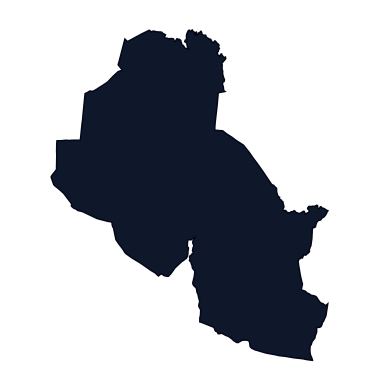 outline of Ham Thuan Bac, Bình Thuận, Vietnam, rotated 183°
{"feature_id": "81297802B59459676884366", "entity_name": "Ham Thuan Bac", "entity_type": "district", "adm_level": 2, "iso_a3": "VNM", "parent_name": "Vietnam", "parent_adm1": "Bình Thuận", "projection": "equal_earth", "projection_center": [107.987, 11.155], "detail": "fine", "context": "isolated", "style": "filled", "palette": "ink", "viewbox_px": 384, "rotation_deg": 183, "n_neighbors": 0, "source": "geoboundaries", "source_scale": "gbopen_adm2", "svg_char_len": 5929}
<svg xmlns="http://www.w3.org/2000/svg" viewBox="0 0 384 384"><g transform="rotate(183 192 192)"><path d="M221.1,106.4L219.3,108.1L218.1,108.6L217.2,108.2L215.7,107.1L213.4,106.6L211.7,106.5L210.9,106.8L209.9,108.2L208.9,109.2L204.9,115.5L198.7,121.9L196.4,123.6L195.1,125.0L194.2,125.4L193.3,127.6L192.9,129.8L192.9,133.1L192.6,135.4L192.8,136.3L193.6,136.9L193.8,137.9L193.9,141.3L193.6,143.6L193.3,144.1L193.0,144.2L190.4,144.2L188.1,146.1L186.7,146.7L187.4,144.9L188.5,143.3L188.6,141.9L188.4,140.6L187.4,138.8L187.3,138.2L188.0,136.6L188.4,133.6L188.3,132.9L187.6,132.0L187.5,131.4L187.7,130.9L188.5,130.5L189.8,128.6L191.0,127.8L191.1,127.0L190.5,125.3L191.0,123.7L190.2,122.5L189.4,122.1L189.0,120.4L188.1,118.6L187.8,116.9L187.3,115.7L185.0,113.0L185.3,107.6L186.4,101.9L186.4,100.5L185.6,98.9L182.9,96.5L182.6,96.1L181.7,92.0L180.6,89.9L179.7,86.5L178.7,83.5L178.6,82.6L179.2,80.1L179.3,78.8L178.7,77.2L177.4,75.3L177.2,74.8L177.1,73.3L177.1,69.4L177.6,66.6L177.4,62.7L175.9,62.4L163.6,58.2L163.1,57.9L162.5,57.0L161.9,55.3L161.2,54.3L159.9,53.9L159.3,53.3L158.6,52.0L157.7,51.8L155.2,52.4L154.3,52.3L150.7,50.5L148.2,49.8L144.7,47.6L142.6,45.8L139.6,44.1L137.8,44.1L136.8,45.0L135.4,45.7L135.0,46.3L131.8,46.9L129.6,46.9L128.2,46.7L127.5,46.3L127.1,45.9L126.6,44.7L125.8,40.6L124.3,39.2L120.9,37.7L109.9,35.1L98.6,33.6L96.9,33.2L90.2,32.8L81.7,31.8L72.8,31.3L68.3,30.6L62.9,30.2L63.4,31.9L64.8,34.7L65.5,36.5L66.0,39.8L66.0,44.2L65.7,44.9L64.9,46.0L64.6,47.7L64.0,49.3L61.7,52.5L61.4,54.8L60.3,58.2L60.2,59.6L60.4,61.8L60.4,62.8L60.0,63.2L57.5,63.6L56.8,63.9L56.1,64.5L55.5,65.7L54.9,68.4L53.7,70.2L53.4,71.3L51.8,75.3L50.6,87.4L52.3,85.8L52.8,85.6L55.3,87.3L57.3,87.9L58.1,88.3L60.0,90.5L62.1,93.5L62.8,94.1L64.1,94.6L67.9,95.2L69.4,96.3L72.3,97.5L73.5,98.8L77.0,99.8L77.8,100.3L77.0,104.8L76.9,105.9L77.9,108.8L79.5,114.5L81.8,124.9L82.4,128.5L82.1,129.0L81.8,130.3L81.4,130.8L80.4,131.1L79.6,132.6L79.2,132.5L78.6,131.8L78.4,131.8L77.5,134.2L76.9,135.2L75.4,134.9L74.9,135.0L74.1,136.2L73.2,136.5L72.7,137.4L71.7,138.3L71.6,138.9L71.8,140.6L71.1,143.2L70.5,144.5L70.2,147.9L69.9,151.7L69.9,161.1L69.7,162.6L69.5,162.9L68.4,162.7L67.3,163.3L66.8,164.1L66.5,166.4L65.4,169.2L63.7,170.4L62.1,170.8L61.6,171.4L60.8,173.0L59.6,173.5L58.5,174.5L57.2,176.4L55.7,179.9L55.3,180.3L56.1,180.6L59.3,182.4L61.3,182.9L62.5,184.1L63.0,183.9L64.0,182.1L64.9,182.1L65.6,182.8L65.9,185.0L66.7,185.3L68.8,184.1L70.8,184.1L72.3,183.7L74.1,183.8L74.8,183.4L75.6,182.2L75.6,181.5L75.2,180.8L74.1,180.0L73.9,179.4L74.0,178.7L74.8,177.6L76.2,176.8L77.3,175.8L77.7,175.9L78.7,178.2L79.1,178.6L79.8,178.5L82.7,176.5L84.5,176.1L85.9,176.8L87.2,177.1L88.7,178.7L89.2,178.6L90.4,177.5L92.0,177.5L92.8,176.6L93.6,176.3L95.6,176.5L96.4,177.1L97.5,178.4L99.9,178.4L100.3,178.9L100.4,179.3L99.5,181.6L99.5,182.5L100.5,185.7L100.6,186.7L100.9,187.0L101.6,186.6L101.8,186.8L101.8,187.7L102.2,188.4L104.3,189.6L104.4,190.1L104.2,191.0L104.3,191.4L105.2,191.6L105.6,191.9L106.8,194.2L107.5,196.8L107.8,200.2L109.5,201.5L110.8,202.9L112.4,203.4L113.2,204.1L121.9,215.7L128.2,223.7L132.9,229.3L136.9,234.5L143.1,241.5L150.7,245.8L154.6,248.5L160.9,252.1L164.5,254.7L172.1,254.9L172.5,255.0L172.6,258.1L172.5,262.6L171.4,280.9L171.0,292.5L164.4,294.1L165.2,294.6L165.8,295.8L166.3,298.8L167.2,301.2L167.1,302.6L166.6,303.5L165.8,304.0L165.6,304.4L165.5,305.7L165.7,306.4L166.8,308.6L167.0,309.7L167.6,311.3L167.7,314.5L168.2,315.6L168.5,316.9L168.5,320.6L169.0,322.2L166.0,325.9L165.3,327.1L165.5,327.3L165.7,328.5L166.6,328.1L167.3,328.2L169.4,330.4L169.6,331.4L170.2,331.3L170.8,330.6L170.8,330.0L171.1,328.6L171.8,329.5L172.8,329.5L173.1,329.8L174.3,332.9L173.2,333.6L173.1,334.9L172.2,336.9L173.2,338.0L173.3,338.7L172.7,339.6L172.7,339.9L173.0,340.5L173.5,341.1L174.7,341.8L175.9,343.2L176.9,344.1L177.3,344.0L177.7,343.5L178.3,342.1L178.6,342.1L179.0,342.3L180.2,343.4L181.0,345.0L181.4,345.4L182.6,345.7L185.4,347.0L185.8,347.5L186.6,349.3L189.0,349.2L189.9,349.6L190.3,350.3L190.8,352.1L191.3,352.9L191.5,353.0L192.4,351.9L193.5,351.3L194.3,349.2L194.7,348.8L194.9,348.7L195.2,349.0L195.6,351.3L196.0,351.9L196.5,351.6L196.9,351.0L197.0,348.8L197.6,348.8L197.9,349.5L197.8,351.1L197.9,351.6L198.3,351.9L199.4,352.2L199.7,353.1L200.2,353.8L200.7,353.5L201.6,352.2L202.3,352.3L202.8,353.4L203.8,353.2L204.3,352.6L205.1,350.6L205.7,348.3L205.5,343.7L206.7,343.3L207.1,341.9L206.9,341.5L205.6,341.0L205.1,340.5L204.3,337.3L203.2,335.4L203.0,334.7L205.2,335.2L206.4,335.1L207.0,335.4L207.4,336.5L208.2,337.6L208.8,338.1L210.0,338.5L210.2,340.1L210.9,341.2L210.9,342.2L211.2,342.8L212.4,343.7L212.9,343.8L213.0,343.2L213.4,343.1L214.6,344.2L215.1,344.2L215.4,343.0L216.0,342.8L216.6,341.5L217.1,341.3L217.5,341.5L217.8,341.9L218.2,343.3L218.6,344.0L221.1,344.2L221.6,344.0L222.5,343.9L222.9,343.2L223.1,343.2L224.1,344.2L227.3,344.4L227.6,344.7L227.6,345.2L226.7,347.6L229.8,349.1L230.4,349.8L230.9,350.1L235.6,350.1L238.9,350.7L240.1,350.4L240.6,349.4L243.1,351.3L250.7,347.1L263.8,339.1L264.9,339.3L267.0,341.2L271.5,319.1L272.4,315.2L268.3,310.5L268.1,310.0L268.3,309.7L270.3,309.1L272.2,308.2L277.1,303.1L281.7,297.7L283.2,296.4L293.5,289.0L295.4,287.8L296.8,287.3L299.3,287.5L301.7,285.8L303.7,284.8L303.9,284.6L304.8,264.9L305.0,259.2L305.4,253.9L306.2,237.9L314.4,237.4L317.7,237.0L320.6,237.1L325.0,236.4L329.5,236.1L329.6,233.5L329.3,225.1L329.0,222.4L328.5,207.7L328.7,207.0L329.4,205.9L331.6,202.9L333.2,200.4L333.4,199.8L333.4,199.4L330.6,192.5L330.3,192.0L329.1,190.9L324.5,187.6L320.0,183.9L311.9,174.3L311.6,173.5L311.7,172.3L311.6,171.5L309.6,169.9L308.6,169.4L307.0,168.9L305.1,167.6L301.2,166.9L299.3,166.3L285.3,160.5L274.6,158.3L270.9,157.9L270.3,157.0L270.0,156.2L270.0,154.9L269.5,154.0L269.4,153.2L268.7,152.3L268.4,151.8L265.5,140.6L265.2,140.1L262.1,136.0L259.2,132.7L257.7,130.8L256.2,128.6L255.0,127.2L248.8,123.2L239.5,118.2L228.6,111.4L224.7,109.4L221.1,106.4Z" fill="#0f172a" stroke="#020617" stroke-width="1.5"/></g></svg>